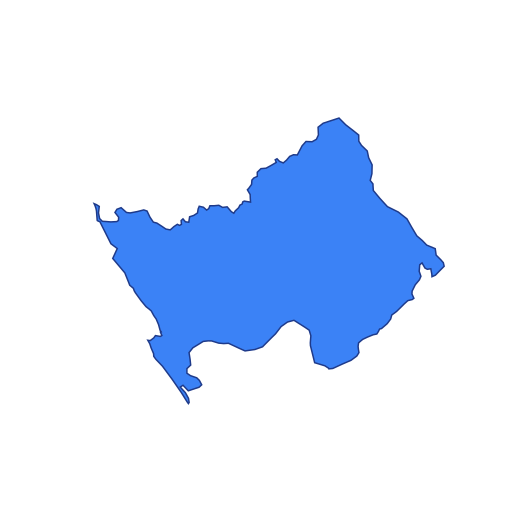 outline of Butaw, Sinoe, Liberia, rotated 32°
{"feature_id": "62588387B58471335034652", "entity_name": "Butaw", "entity_type": "district", "adm_level": 2, "iso_a3": "LBR", "parent_name": "Liberia", "parent_adm1": "Sinoe", "projection": "albers", "projection_center": [-9.093, 5.133], "detail": "fine", "context": "isolated", "style": "filled", "palette": "blue", "viewbox_px": 512, "rotation_deg": 32, "n_neighbors": 0, "source": "geoboundaries", "source_scale": "gbopen_adm2", "svg_char_len": 3121}
<svg xmlns="http://www.w3.org/2000/svg" viewBox="0 0 512 512"><g transform="rotate(32 256 256)"><path d="M91.0,297.4L92.8,298.6L95.2,300.6L96.8,302.3L102.4,309.9L102.8,310.1L105.8,309.7L106.5,310.3L126.5,322.5L134.4,323.2L135.8,334.0L153.7,339.8L162.3,346.1L164.4,347.7L169.2,348.4L171.1,350.0L173.2,351.1L182.3,354.8L189.5,357.2L196.1,358.0L200.9,360.7L202.5,361.4L204.7,362.3L209.7,365.8L214.0,369.8L215.8,370.6L215.3,371.2L218.3,373.3L217.5,374.9L212.9,376.8L212.7,379.7L211.1,383.8L208.9,384.8L212.4,386.7L215.6,389.4L220.9,393.1L222.5,395.3L225.7,396.6L226.4,396.8L235.0,399.0L250.0,404.9L265.1,411.4L275.1,416.3L276.9,417.0L276.9,415.6L274.2,412.5L268.5,409.3L261.2,407.3L262.6,404.3L270.0,406.2L277.3,397.4L278.2,394.0L273.9,391.5L270.3,390.7L263.8,392.2L259.5,392.0L257.1,388.1L258.4,383.1L254.8,378.5L250.4,373.4L251.1,367.3L251.4,366.7L254.1,361.3L256.5,356.4L260.3,353.4L263.2,351.6L270.4,349.7L275.0,347.4L278.9,344.6L291.1,343.1L297.0,342.3L297.7,341.7L304.6,335.9L309.7,329.5L309.9,328.4L312.1,318.7L312.5,316.9L313.8,311.7L314.7,302.5L317.7,295.3L322.3,290.4L335.3,290.5L340.4,290.7L344.8,294.6L348.1,300.9L349.7,303.2L362.3,315.4L372.6,312.6L377.0,312.7L377.6,313.1L380.7,310.7L386.4,302.0L391.9,294.0L394.5,287.4L394.5,283.4L392.4,281.0L390.5,278.6L389.0,275.3L390.1,271.8L390.7,270.1L393.5,265.7L397.1,260.7L399.8,258.1L399.8,255.0L399.5,252.5L400.9,251.0L403.1,243.9L403.6,238.1L402.4,234.1L404.6,228.5L406.6,220.2L407.0,218.4L407.2,217.7L408.4,213.4L411.6,210.1L412.3,208.2L408.4,205.6L407.0,203.0L406.3,196.0L407.2,189.6L406.6,185.8L402.5,182.5L399.5,176.7L399.8,175.8L400.5,173.9L405.7,176.7L408.3,176.5L411.0,174.2L414.7,178.2L416.2,180.3L418.3,177.2L419.5,171.6L421.0,165.0L418.4,162.4L414.5,161.2L408.3,159.8L404.1,154.8L395.0,156.3L389.0,154.8L381.7,153.7L372.4,148.9L364.3,144.5L353.4,143.3L341.3,144.5L330.5,141.5L320.8,138.3L318.2,134.7L317.0,132.9L312.8,131.4L310.7,124.8L306.2,117.2L299.5,113.0L294.7,108.0L286.8,106.3L282.4,104.2L279.0,99.0L273.3,98.3L262.6,97.2L254.8,95.4L253.3,95.0L242.6,107.8L240.4,113.9L244.8,120.3L245.4,125.0L243.0,129.4L237.7,132.4L236.7,138.1L237.5,148.4L234.1,150.3L232.4,152.8L231.8,153.6L231.1,158.5L230.6,160.1L229.8,162.6L225.8,163.3L222.3,162.4L221.3,164.2L223.6,165.9L220.5,171.8L218.0,176.2L213.9,179.3L212.7,184.3L214.9,187.8L212.8,191.0L212.3,193.8L214.3,197.6L214.0,202.3L213.6,204.4L218.5,207.0L220.1,209.4L222.8,213.2L216.9,215.7L216.1,217.1L216.7,219.3L215.4,221.4L215.7,224.3L214.5,228.7L214.5,231.5L211.6,231.5L205.5,229.6L201.9,232.5L197.6,232.7L193.7,235.7L190.3,237.8L190.8,240.9L189.8,243.2L185.6,242.5L181.5,243.9L182.0,246.8L183.6,250.5L181.7,254.6L178.9,257.9L181.1,263.0L178.0,264.4L174.4,263.2L173.7,265.6L176.0,268.7L174.9,270.6L172.5,270.8L170.8,274.6L170.1,277.1L169.4,279.3L165.3,280.9L160.3,280.7L154.5,280.6L151.0,281.7L145.4,279.2L139.8,275.6L136.4,276.4L131.7,281.3L126.4,286.2L123.1,287.7L116.0,286.5L113.8,289.4L113.3,290.0L113.3,293.8L119.0,295.9L120.5,298.8L119.7,300.6L114.7,304.1L110.8,306.1L107.3,308.0L103.5,307.1L99.6,302.9L96.8,297.0L93.5,297.0L91.0,297.4Z" fill="#3b82f6" stroke="#1e3a8a" stroke-width="1.5"/></g></svg>